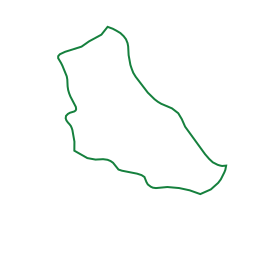 Tuyên Quang, Natural Earth projection, rotated 320°
{"feature_id": "VNM-457", "entity_name": "Tuyên Quang", "entity_type": "Province", "adm_level": 1, "iso_a3": "VNM", "parent_name": "Vietnam", "parent_adm1": "", "projection": "natural_earth1", "projection_center": [105.255, 22.072], "detail": "fine", "context": "isolated", "style": "outline", "palette": "green", "viewbox_px": 256, "rotation_deg": 320, "n_neighbors": 0, "source": "natural_earth", "source_scale": "10m", "svg_char_len": 1122}
<svg xmlns="http://www.w3.org/2000/svg" viewBox="0 0 256 256"><g transform="rotate(320 128 128)"><path d="M110.8,192.0L108.7,189.7L107.7,187.6L106.9,184.0L107.4,181.2L109.1,176.1L108.1,172.8L105.6,168.8L95.9,156.8L94.0,153.7L94.2,145.0L93.4,142.1L91.9,139.2L88.9,135.9L82.8,131.3L77.5,124.9L72.3,110.9L78.2,104.0L84.1,93.8L84.9,91.8L85.5,89.7L85.6,87.5L85.5,85.1L85.7,82.6L86.5,80.5L88.3,78.9L91.0,78.6L93.3,79.0L97.5,80.8L99.2,80.9L100.4,80.2L101.6,78.3L104.1,66.9L105.2,63.6L106.6,60.4L108.5,57.3L112.7,51.8L114.3,49.0L117.8,38.1L118.5,35.2L119.4,29.6L120.7,28.1L123.2,27.7L128.8,29.2L144.7,35.8L153.9,36.6L167.6,39.4L177.4,37.4L180.1,42.1L181.6,45.8L183.2,50.4L183.7,54.9L183.5,58.7L182.2,62.7L180.5,65.7L175.3,72.6L170.4,81.2L168.9,85.0L167.5,89.1L166.8,93.7L165.9,113.6L166.8,122.9L167.7,127.0L169.0,130.8L174.3,141.2L176.0,149.0L174.9,155.8L172.6,163.7L170.2,197.6L170.3,203.9L170.9,208.8L173.0,213.8L174.3,215.8L175.7,217.6L179.0,219.9L175.7,222.6L173.3,223.9L166.1,227.0L161.8,228.0L152.0,228.3L140.9,225.1L135.2,215.4L128.6,206.9L120.2,198.5L110.8,192.0Z" fill="none" stroke="#15803d" stroke-width="2"/></g></svg>